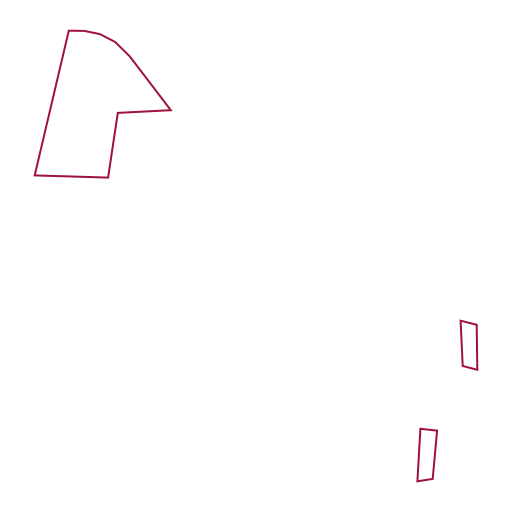 Gaga'emauga, Natural Earth projection
{"feature_id": "WSM-4990", "entity_name": "Gaga'emauga", "entity_type": "state/province", "adm_level": 1, "iso_a3": "WSM", "parent_name": "Samoa", "parent_adm1": "", "projection": "natural_earth1", "projection_center": [-172.104, -13.734], "detail": "fine", "context": "isolated", "style": "outline", "palette": "rose", "viewbox_px": 512, "rotation_deg": 0, "n_neighbors": 0, "source": "natural_earth", "source_scale": "10m", "svg_char_len": 380}
<svg xmlns="http://www.w3.org/2000/svg" viewBox="0 0 512 512"><path d="M68.8,30.7L84.3,30.9L99.9,34.1L115.3,42.1L129.7,56.3L170.8,110.2L117.8,112.9L108.1,177.6L82.1,176.8L51.2,175.9L34.7,175.4L68.8,30.7ZM432.7,478.9L417.4,481.3L420.4,428.8L437.1,430.6L432.7,478.9ZM460.6,320.7L476.7,324.8L477.3,369.8L462.7,366.0L460.6,320.7Z" fill="none" stroke="#9f1239" stroke-width="2"/></svg>